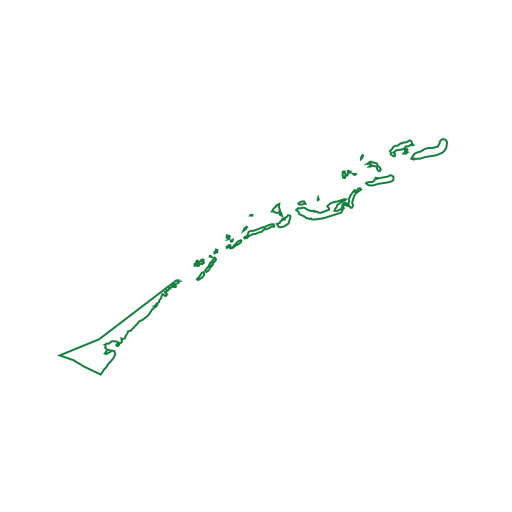 Auki-Langalanga, Solomon Islands (Equal Earth projection), rotated 250°
{"feature_id": "97153195B20176739288406", "entity_name": "Auki-Langalanga", "entity_type": "district", "adm_level": 2, "iso_a3": "SLB", "parent_name": "Solomon Islands", "parent_adm1": "", "projection": "equal_earth", "projection_center": [160.735, -8.86], "detail": "fine", "context": "isolated", "style": "outline", "palette": "green", "viewbox_px": 512, "rotation_deg": 250, "n_neighbors": 0, "source": "geoboundaries", "source_scale": "gbopen_adm2", "svg_char_len": 6163}
<svg xmlns="http://www.w3.org/2000/svg" viewBox="0 0 512 512"><g transform="rotate(250 256 256)"><path d="M197.7,69.5L201.3,74.4L202.9,77.8L204.3,79.1L208.5,86.7L211.8,90.2L215.0,90.3L216.2,88.6L216.4,86.8L215.8,86.6L215.1,81.8L216.1,80.5L218.3,83.9L218.3,84.9L219.0,83.7L221.0,83.5L221.1,83.0L223.4,84.0L223.2,84.8L224.3,83.6L224.7,86.4L223.9,87.9L225.1,91.0L224.8,92.5L223.5,95.4L220.8,98.2L220.6,99.6L221.2,100.6L224.5,101.3L223.6,102.4L223.6,105.0L225.4,106.0L227.3,108.9L228.9,109.8L228.8,113.0L233.8,123.1L234.5,123.7L234.8,127.7L237.2,134.7L241.5,140.5L242.4,143.6L243.2,143.1L242.6,144.6L243.5,146.2L244.3,145.0L245.3,146.4L245.7,149.1L247.4,149.8L248.6,152.1L252.1,154.9L251.5,155.9L249.4,157.0L249.4,158.2L250.5,159.4L251.1,158.7L252.6,158.8L253.4,157.4L253.2,159.9L253.7,160.8L254.3,160.5L253.8,161.8L255.3,163.3L254.9,164.1L255.4,164.1L255.3,164.7L257.4,169.2L257.1,173.5L258.1,174.1L258.2,175.6L259.2,173.9L259.8,174.5L260.3,172.6L231.4,80.1L229.7,37.5L220.7,48.7L210.7,56.8L197.7,69.5ZM286.6,311.9L285.4,309.4L283.3,311.0L280.6,310.9L276.5,315.1L273.9,316.7L273.4,318.2L272.4,319.1L272.5,320.4L271.4,320.8L270.2,323.6L268.4,332.3L267.6,351.1L270.0,353.4L270.7,353.2L271.1,351.8L270.6,349.7L270.8,347.0L271.5,345.2L272.7,345.8L274.5,348.5L276.3,350.0L277.8,355.9L277.7,358.8L278.4,359.8L279.2,358.4L279.4,351.1L280.1,347.2L279.9,343.6L278.4,340.0L275.5,341.0L274.5,340.4L274.4,331.5L275.6,329.2L276.2,329.2L277.5,327.3L277.5,326.5L278.3,326.5L278.2,325.5L279.0,325.1L279.4,323.0L282.1,320.0L284.7,318.0L285.4,316.6L285.8,313.0L286.6,311.9ZM302.0,470.8L300.9,468.1L299.3,467.2L296.7,464.3L297.1,458.7L298.5,454.9L298.9,451.3L297.8,446.0L298.2,443.8L297.9,440.2L295.5,436.4L294.7,436.2L292.4,439.4L292.3,441.1L291.4,442.9L291.0,449.5L289.0,459.9L289.3,466.4L290.2,468.8L292.5,471.8L297.5,474.5L300.2,474.0L301.8,472.0L302.0,470.8ZM288.5,395.3L287.4,395.2L287.4,393.9L286.1,392.6L285.8,390.3L286.9,387.1L287.1,384.7L286.6,384.2L283.8,386.3L282.3,389.9L281.9,396.0L279.9,405.9L279.8,409.9L280.8,411.4L283.7,412.2L286.0,410.1L285.5,407.0L287.1,398.2L287.0,396.8L287.9,396.6L288.5,395.3ZM312.4,430.7L311.3,427.1L311.9,424.4L311.5,422.2L309.8,420.2L308.8,417.7L307.2,418.1L305.3,417.4L302.5,419.7L302.4,420.7L304.6,421.5L306.3,420.4L306.6,422.2L307.4,423.3L306.1,429.8L306.4,431.7L306.1,433.3L307.8,434.0L306.9,437.0L307.6,439.7L306.5,440.6L306.5,441.8L307.7,441.2L310.5,441.3L312.1,440.1L311.4,435.9L312.3,433.2L311.8,431.8L312.4,430.7ZM281.3,259.7L281.2,257.4L277.9,254.7L277.7,252.1L277.2,251.1L276.4,251.3L276.0,253.5L277.2,256.2L277.6,261.3L276.9,262.4L277.2,267.2L276.7,268.9L278.3,273.3L277.5,275.1L278.2,281.1L277.4,283.1L278.2,283.5L279.9,283.3L280.5,281.4L280.7,275.7L279.8,273.9L280.6,273.0L280.5,262.6L281.3,259.7ZM284.2,376.9L284.3,374.7L282.9,373.5L282.3,371.4L282.7,370.5L283.9,371.4L284.2,370.9L280.3,365.1L279.3,364.6L278.0,362.6L276.0,362.5L272.9,360.6L275.2,358.3L275.6,356.2L274.9,354.9L273.4,354.4L271.3,352.6L270.8,354.8L273.4,354.9L273.8,356.1L273.4,357.3L271.4,359.6L271.2,360.8L268.9,361.4L268.6,362.8L270.3,364.5L273.3,364.6L278.7,368.6L280.8,371.4L282.5,377.6L284.2,376.9ZM283.3,300.1L282.1,298.1L281.9,296.0L280.5,295.7L280.6,295.1L281.6,295.0L281.9,294.0L281.5,293.0L280.7,293.2L280.2,290.7L278.9,289.6L279.0,286.5L275.4,287.5L274.4,289.7L274.1,292.5L275.4,297.6L280.5,301.5L282.2,302.0L283.3,300.1ZM297.0,295.7L296.6,292.3L295.6,291.8L294.6,288.8L292.4,286.2L291.6,288.4L290.4,288.6L289.4,290.1L289.2,292.2L286.2,292.8L284.8,294.2L288.1,294.4L289.8,293.2L290.6,294.3L294.2,294.2L297.0,295.7ZM305.5,395.4L304.5,392.0L303.9,394.6L303.1,395.4L302.2,395.3L301.3,392.9L300.8,394.4L301.2,396.0L298.5,400.3L297.1,399.5L295.0,399.7L293.7,400.5L293.6,401.6L294.5,402.8L297.3,402.5L298.9,401.2L301.4,401.3L302.7,400.0L303.7,398.0L305.1,396.8L305.5,395.4ZM258.9,200.8L258.5,199.0L255.5,195.1L254.5,192.6L253.2,193.3L254.1,198.0L255.9,200.8L257.6,201.4L258.9,200.8ZM276.0,245.7L275.9,244.1L272.6,237.6L272.2,234.5L271.7,234.9L271.6,237.5L273.0,241.1L272.8,242.6L273.8,246.1L275.3,247.5L275.9,247.2L275.5,246.6L276.0,245.7ZM271.3,203.7L270.0,201.8L269.7,197.4L268.9,198.4L266.6,198.0L266.6,199.2L268.5,199.7L266.8,202.6L267.3,204.5L267.7,204.8L269.2,203.3L269.6,205.1L270.4,205.5L271.3,203.7ZM305.6,367.3L305.2,366.0L303.9,365.9L302.7,365.0L299.5,364.8L298.9,366.2L299.5,366.8L300.7,366.4L300.6,369.6L301.3,370.3L302.1,368.2L303.4,367.7L305.0,368.3L305.6,367.3ZM291.6,316.2L290.8,313.7L289.9,314.0L288.6,316.2L288.7,318.5L288.1,320.4L290.8,319.9L291.5,318.1L291.6,316.2ZM262.4,207.6L259.9,203.4L259.0,203.2L258.0,203.9L258.2,205.4L259.8,208.2L260.9,209.0L262.4,207.6ZM265.4,211.2L265.2,210.5L263.2,208.6L261.4,210.3L261.6,211.0L262.5,210.9L262.6,212.5L263.2,213.0L264.7,212.6L265.4,211.2ZM304.7,432.1L302.7,431.3L301.8,429.7L300.9,431.9L301.6,434.1L302.7,433.1L303.6,433.2L304.5,435.5L304.7,432.1ZM268.5,216.7L266.2,212.9L264.9,213.4L264.5,214.5L265.2,216.0L266.6,217.3L268.5,216.7ZM275.5,234.2L274.6,231.5L273.6,231.3L274.1,235.3L275.0,235.5L275.5,234.2ZM221.2,96.1L220.1,94.3L218.8,94.7L218.7,95.8L219.5,97.1L220.5,97.1L221.2,96.1ZM274.5,219.7L274.0,218.4L272.7,217.9L272.8,220.8L273.6,221.2L274.5,219.7ZM285.4,235.7L283.4,234.7L283.0,237.5L283.5,238.1L284.4,237.5L285.4,235.7ZM286.7,257.1L285.6,254.1L283.9,252.7L285.1,256.1L286.2,257.5L286.7,257.1ZM256.6,169.2L255.3,167.7L254.3,169.9L255.3,170.5L256.6,169.2ZM314.3,390.4L312.3,388.1L311.1,387.8L311.8,389.2L313.6,391.0L314.3,390.4ZM304.5,371.4L303.3,371.1L302.1,373.4L302.7,373.7L302.7,373.2L304.2,372.3L304.5,371.4ZM279.2,239.7L278.9,237.5L278.0,237.5L277.8,238.9L279.2,239.7ZM300.1,375.2L298.5,376.1L298.5,378.0L298.8,378.0L300.1,375.2ZM269.4,196.2L269.2,195.5L267.8,195.0L267.4,196.2L268.6,196.9L269.4,196.2ZM289.7,334.4L288.2,333.3L287.3,333.2L287.5,334.3L289.7,334.4ZM271.6,199.5L271.6,198.3L270.6,197.6L270.9,199.7L271.6,199.5ZM296.4,265.2L296.0,264.4L295.2,266.2L295.9,266.6L296.4,265.2ZM271.8,212.7L271.3,212.3L270.2,214.0L271.5,213.4L271.8,212.7ZM294.1,436.5L294.0,435.6L292.8,437.0L293.3,437.3L294.1,436.5ZM282.0,236.6L281.3,235.4L281.3,236.9L282.0,236.6ZM275.7,220.6L274.9,220.2L274.5,221.2L274.9,221.7L275.7,220.6Z" fill="none" stroke="#15803d" stroke-width="2"/></g></svg>